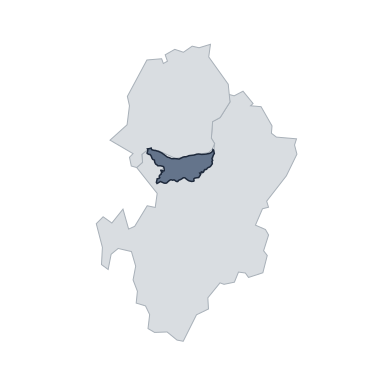 Moldova highlighted among its neighbors, rotated 111°
{"feature_id": "MDA", "entity_name": "Moldova", "entity_type": "country or territory", "adm_level": 0, "iso_a3": "MDA", "parent_name": "Europe", "parent_adm1": "", "projection": "orthographic", "projection_center": [28.535, 46.964], "detail": "fine", "context": "with_neighbors", "style": "filled", "palette": "slate", "viewbox_px": 384, "rotation_deg": 111, "n_neighbors": 2, "source": "natural_earth", "source_scale": "50m", "svg_char_len": 3381}
<svg xmlns="http://www.w3.org/2000/svg" viewBox="0 0 384 384"><g transform="rotate(111 192 192)"><path d="M271.2,240.7L279.1,245.2L294.4,242.5L292.2,250.5L275.8,255.8L255.9,270.0L247.0,266.1L249.7,255.7L232.7,250.3L249.3,237.9L244.6,233.2L220.9,228.9L219.6,220.8L205.8,224.0L189.0,252.4L182.0,248.8L174.9,252.3L168.0,248.3L171.9,245.9L178.7,231.5L177.6,227.6L195.0,227.7L187.9,216.8L185.6,207.7L180.2,204.2L181.2,196.8L174.6,191.0L158.0,183.3L138.7,188.2L134.9,193.2L118.9,198.0L112.4,192.4L94.3,188.8L87.7,193.0L87.1,187.1L79.6,180.5L87.5,166.7L90.5,168.2L87.6,158.1L101.6,141.0L108.7,138.9L110.5,132.9L104.9,113.5L111.4,113.1L119.1,107.6L143.1,109.7L173.8,119.0L178.8,115.1L182.4,120.2L200.2,120.9L200.7,110.0L204.7,105.1L221.2,104.1L224.3,99.0L242.0,96.9L251.5,108.6L248.5,113.2L250.1,119.9L261.0,120.1L266.7,129.0L266.8,133.3L285.1,139.3L295.3,134.7L305.0,143.8L334.5,146.7L335.6,153.0L331.6,165.1L336.5,176.6L335.3,184.1L321.6,187.6L315.0,194.6L315.7,204.3L304.2,207.4L295.2,215.5L281.4,218.0L269.3,227.2L271.2,240.7Z" fill="#d9dde1" stroke="#a8b0b8" stroke-width="1"/><path d="M168.0,248.3L174.9,252.3L182.0,248.8L189.0,252.4L189.5,258.0L182.0,262.8L177.3,260.8L173.0,287.1L152.5,276.7L133.9,281.3L125.9,286.6L84.9,281.4L78.5,268.1L82.3,264.8L78.7,261.8L73.5,266.2L65.0,259.2L64.6,250.1L55.8,244.1L54.8,237.1L47.5,227.7L59.9,224.8L78.4,196.8L94.3,188.8L112.4,192.4L118.9,198.0L134.9,193.2L138.7,188.2L144.8,188.4L149.2,190.6L166.6,219.5L165.4,238.3L168.0,248.3Z" fill="#d9dde1" stroke="#a8b0b8" stroke-width="1"/><path d="M144.9,187.6L145.2,186.8L148.2,184.9L149.0,185.2L150.6,185.3L153.7,185.3L155.3,184.0L156.3,184.4L157.1,183.8L158.4,183.1L158.6,183.2L158.8,183.3L160.8,183.7L162.3,184.4L163.3,185.6L164.4,186.3L165.5,186.5L166.1,187.1L166.2,187.9L167.2,188.4L169.1,188.4L169.9,188.9L169.6,190.0L169.8,190.4L170.5,190.0L171.0,190.4L171.3,191.2L171.6,191.6L172.6,190.3L173.6,190.4L176.1,190.9L177.5,193.6L178.3,194.6L179.1,195.0L180.0,194.6L180.8,194.1L181.3,194.3L182.3,196.1L182.6,198.4L182.6,199.4L182.2,201.0L181.7,202.7L181.3,203.8L181.5,204.6L181.9,205.4L182.5,205.6L184.4,207.1L185.2,208.1L186.3,208.9L187.1,208.9L187.5,209.3L187.7,209.9L187.6,211.2L187.1,212.5L187.2,213.3L187.9,214.2L188.0,215.3L188.1,216.0L188.5,216.6L190.3,217.8L192.7,218.9L193.3,219.9L193.7,221.2L193.6,223.3L193.5,225.2L196.6,227.7L196.3,228.1L195.8,228.7L192.9,229.1L192.3,229.3L190.9,227.5L190.2,227.2L189.6,227.9L188.9,228.3L188.0,228.2L187.0,227.6L186.5,227.2L186.1,227.1L185.5,227.5L184.7,227.4L184.2,226.9L183.5,228.5L183.0,228.9L182.7,228.8L182.6,226.1L182.4,225.7L181.8,225.6L180.4,226.3L179.0,227.1L178.5,227.9L178.6,229.2L178.8,230.8L179.8,233.3L179.3,234.3L178.9,236.0L177.4,237.6L175.7,238.5L175.6,240.4L174.7,241.6L173.1,242.9L172.0,244.4L172.3,245.5L172.3,246.5L172.1,247.1L172.1,247.6L171.7,247.9L169.2,248.1L168.5,248.4L167.7,249.1L167.0,247.7L166.2,246.5L165.6,245.9L165.9,245.6L166.5,245.2L166.9,244.8L166.9,243.4L166.6,241.7L166.3,240.9L166.3,239.7L166.1,237.7L166.4,234.1L167.6,229.6L168.3,227.3L168.0,226.1L168.2,223.2L167.7,221.7L166.9,219.9L165.8,215.8L164.3,214.4L162.6,212.8L161.8,211.6L161.3,210.3L160.3,209.0L159.1,207.8L157.6,204.9L156.9,203.5L156.7,203.2L155.1,201.3L154.2,199.6L153.8,198.1L153.6,196.8L152.5,194.3L151.5,192.3L150.5,190.9L150.1,190.0L148.9,188.7L147.3,187.7L146.2,187.5L144.9,187.6Z" fill="#64748b" stroke="#1e293b" stroke-width="1.5"/></g></svg>